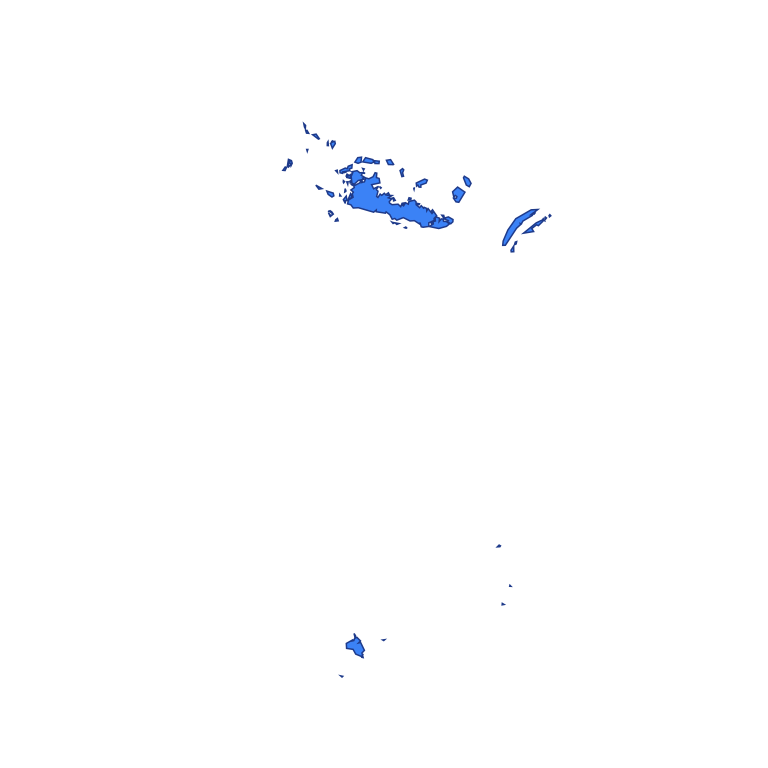 Tawi-Tawi, Tawi-Tawi, Philippines (Mercator projection), rotated 225°
{"feature_id": "2640588B18152609363823", "entity_name": "Tawi-Tawi", "entity_type": "district", "adm_level": 2, "iso_a3": "PHL", "parent_name": "Philippines", "parent_adm1": "Tawi-Tawi", "projection": "mercator", "projection_center": [119.908, 5.883], "detail": "fine", "context": "isolated", "style": "filled", "palette": "blue", "viewbox_px": 768, "rotation_deg": 225, "n_neighbors": 0, "source": "geoboundaries", "source_scale": "gbopen_adm2", "svg_char_len": 6220}
<svg xmlns="http://www.w3.org/2000/svg" viewBox="0 0 768 768"><g transform="rotate(225 384 384)"><path d="M537.1,485.6L534.2,487.3L530.2,486.7L526.8,490.5L512.8,498.2L512.5,501.6L511.3,500.3L503.8,505.8L504.2,507.2L499.6,507.8L494.7,506.3L493.4,508.7L490.8,508.9L488.0,515.3L480.9,517.7L478.0,521.0L472.0,522.3L472.5,523.0L472.2,523.3L468.8,521.5L467.2,522.5L463.7,527.1L466.3,529.6L464.2,535.2L465.7,536.5L465.7,540.2L472.9,541.5L472.7,539.5L470.7,539.8L470.6,538.5L476.8,539.2L476.2,536.7L478.1,538.3L480.6,537.3L480.8,536.7L480.3,536.6L480.3,536.3L483.8,536.4L483.5,533.9L488.0,533.5L490.2,535.5L492.5,535.5L495.4,530.6L494.0,528.3L496.9,527.4L496.1,523.8L497.2,523.6L497.9,526.1L499.0,524.6L497.6,521.2L501.2,521.1L505.1,516.5L507.9,515.9L509.2,516.6L509.5,520.2L512.6,518.7L511.6,522.9L514.7,520.2L514.4,521.8L516.1,522.3L516.6,519.0L518.7,519.1L519.0,515.8L521.0,515.6L520.2,511.6L521.8,511.4L524.6,516.1L526.5,516.0L527.1,516.4L527.6,519.9L529.4,514.7L533.7,516.2L529.1,523.3L532.8,525.9L535.3,524.6L538.2,528.0L539.7,527.1L538.3,522.8L539.8,518.4L542.5,516.9L540.8,513.1L542.3,510.6L542.9,512.0L544.1,511.2L543.4,508.9L545.4,502.7L543.9,501.9L544.6,497.8L541.3,498.0L541.0,496.1L537.9,494.2L539.2,489.0L537.1,485.6ZM396.3,567.9L400.4,587.9L400.1,593.9L400.7,593.6L401.1,593.8L400.1,594.2L401.0,597.5L398.3,608.1L398.8,609.2L399.8,607.9L399.4,611.1L399.1,609.4L398.0,610.2L398.2,612.5L398.6,611.4L399.2,611.6L398.6,616.2L403.1,611.2L407.7,594.1L405.3,580.5L400.8,569.3L398.1,566.0L396.3,567.9ZM223.5,170.6L218.2,174.5L213.0,173.0L207.5,175.3L207.2,176.9L206.4,175.1L205.3,175.8L209.4,178.2L209.5,181.8L217.8,184.7L218.9,182.9L219.0,185.7L224.0,185.7L224.5,184.4L226.2,185.9L228.8,186.4L225.3,184.3L223.9,181.2L224.7,180.0L224.7,181.1L225.2,181.0L227.2,173.9L223.5,170.6ZM463.4,527.3L455.2,532.7L451.3,539.6L450.9,543.4L454.7,543.0L456.9,541.1L458.9,542.4L460.2,541.3L459.9,537.9L462.0,540.5L464.7,539.3L465.4,537.7L462.9,535.6L464.2,533.2L463.2,532.8L462.3,532.0L463.4,527.3ZM553.9,515.8L556.9,511.2L555.5,511.3L554.0,507.6L547.9,502.7L547.7,503.7L546.3,504.4L546.1,509.7L543.0,514.7L544.6,514.6L543.3,516.6L547.6,515.5L548.6,518.4L550.4,516.3L553.9,515.8ZM461.9,563.7L459.6,565.4L462.4,576.9L471.2,575.3L471.4,568.4L466.7,565.5L467.0,567.7L465.0,568.1L464.2,566.6L466.1,564.5L461.9,563.7ZM392.0,589.3L386.0,597.6L389.4,598.4L388.7,604.4L386.8,605.1L386.7,611.2L388.2,611.5L390.3,605.6L392.0,589.3ZM500.2,557.6L503.3,548.9L500.9,547.0L500.7,548.6L498.5,548.0L497.1,549.2L498.7,550.8L496.3,555.8L497.5,558.8L500.2,557.6ZM466.5,582.9L463.2,583.8L464.3,587.4L469.2,588.9L474.1,587.7L473.6,586.0L466.5,582.9ZM564.4,502.3L562.3,503.6L563.2,504.8L559.0,510.7L560.6,511.5L559.4,513.9L561.6,516.5L563.3,512.7L562.3,510.2L564.1,509.3L566.1,503.8L564.4,502.3ZM556.1,526.0L549.1,531.0L548.1,533.6L550.5,534.8L557.1,531.0L556.1,526.0ZM561.5,520.3L558.4,521.7L557.1,524.6L560.3,528.5L562.6,525.5L561.5,520.3ZM454.0,543.6L450.1,544.5L450.0,547.4L451.5,549.1L456.6,547.7L458.0,545.2L457.0,543.7L454.2,545.0L454.0,543.6ZM540.5,543.9L536.1,542.3L532.6,545.6L532.5,546.1L538.0,547.3L540.5,543.9ZM557.6,478.6L553.0,479.4L552.5,481.6L554.9,483.1L560.9,480.0L557.6,478.6ZM606.4,469.7L605.0,469.7L605.0,472.4L606.2,470.2L606.2,471.5L608.4,472.6L609.1,474.5L608.0,475.1L607.3,473.1L606.0,473.9L604.1,472.6L605.0,475.2L607.4,476.5L610.4,475.3L606.4,469.7ZM587.2,514.2L588.4,519.5L590.4,520.8L591.9,517.9L592.0,520.3L592.5,518.7L591.4,516.1L587.2,514.2ZM518.0,543.3L517.1,544.7L520.2,546.5L521.5,549.4L523.2,549.4L523.6,546.3L518.0,543.3ZM543.1,485.6L539.0,484.3L541.0,486.2L539.8,487.5L543.6,490.2L543.1,485.6ZM546.3,533.5L543.4,536.3L544.9,538.2L548.7,535.1L546.3,533.5ZM610.7,509.8L603.5,510.8L603.2,511.7L608.7,512.7L610.7,509.8ZM540.1,489.8L539.3,490.6L538.7,493.5L542.2,494.9L540.1,489.8ZM572.8,476.4L567.8,475.7L566.0,478.3L572.8,476.4ZM556.4,503.7L553.4,505.5L555.7,508.6L556.5,505.1L557.7,505.1L556.4,503.7ZM387.5,567.4L385.8,569.3L389.8,573.2L388.8,568.4L387.5,567.4ZM544.3,465.8L540.4,464.4L540.0,468.3L542.8,468.8L544.6,468.4L544.6,467.9L545.2,467.5L545.3,467.1L545.2,466.8L544.6,466.2L545.2,466.9L545.0,467.6L540.3,468.1L540.5,465.4L544.3,465.8ZM606.6,463.6L604.9,465.0L606.1,468.2L607.3,467.6L606.6,463.6ZM616.2,506.6L614.5,508.0L617.8,508.9L618.7,507.9L616.2,506.6ZM462.5,544.2L457.5,543.3L461.0,545.5L462.5,544.2ZM533.6,464.7L531.8,467.0L534.0,468.1L534.2,465.9L533.6,464.7ZM510.2,520.3L507.9,521.5L506.7,520.3L505.9,521.8L508.9,522.5L510.2,520.3ZM497.0,531.3L495.5,533.5L496.2,534.5L498.0,533.4L497.0,531.3ZM620.2,508.9L622.3,511.4L624.8,511.4L622.0,509.5L620.2,508.9ZM569.0,500.7L566.3,500.6L568.3,502.1L569.0,500.7ZM188.7,349.0L187.0,350.9L187.2,351.9L188.7,351.5L188.7,349.0ZM592.7,512.5L591.9,513.2L595.0,515.8L594.7,514.6L592.7,512.5ZM463.3,530.7L462.7,532.3L464.5,533.1L464.7,531.3L463.3,530.7ZM547.5,492.0L547.2,493.1L547.4,493.6L549.6,494.7L547.5,492.0ZM390.2,574.8L389.6,576.5L390.9,578.5L391.5,577.2L390.2,574.8ZM487.6,534.1L486.0,535.6L486.3,536.5L488.1,535.3L487.6,534.1ZM604.5,495.2L602.8,494.3L603.7,496.0L604.5,495.2ZM550.1,502.3L549.6,503.5L551.2,504.3L551.5,503.1L550.1,502.3ZM490.1,505.8L487.8,505.9L486.9,508.0L490.1,505.8ZM385.2,619.2L385.0,620.9L386.5,621.0L386.4,619.8L385.2,619.2ZM551.5,521.3L549.7,520.7L550.1,522.1L551.5,521.3ZM553.2,500.6L550.9,499.6L552.4,501.6L553.2,500.6ZM145.2,312.5L144.3,311.4L143.2,313.0L145.2,312.5ZM386.3,614.6L386.5,616.3L388.0,616.1L387.6,615.1L386.3,614.6ZM554.8,497.7L555.0,499.2L556.5,499.1L555.7,498.1L554.8,497.7ZM547.6,518.5L546.3,519.5L548.0,519.2L547.6,518.5ZM526.8,520.4L524.7,520.1L524.8,520.8L526.8,520.4ZM388.0,612.1L386.1,612.9L388.3,613.5L388.0,612.1ZM480.0,509.1L478.5,509.8L478.4,510.4L479.6,510.4L480.0,509.1ZM202.7,203.7L203.9,202.1L202.8,202.4L202.7,203.7ZM208.2,147.0L206.5,147.1L206.5,148.1L208.2,147.0ZM548.0,502.1L546.9,502.1L546.7,503.5L548.0,502.1ZM548.3,485.6L547.5,486.4L549.2,486.7L548.3,485.6ZM152.6,330.7L152.1,329.9L151.2,330.7L152.6,330.7ZM501.5,544.6L501.2,543.7L501.1,543.2L500.3,542.8L501.5,544.6ZM558.0,504.9L557.6,505.8L557.5,506.5L558.5,506.3L558.0,504.9ZM562.3,504.5L561.6,505.3L561.0,506.5L561.9,506.3L562.3,504.5ZM492.8,504.1L491.1,503.9L490.6,505.0L492.8,504.1Z" fill="#3b82f6" stroke="#1e3a8a" stroke-width="1.5"/></g></svg>